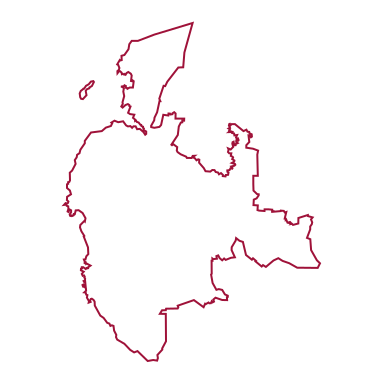 the district of Maguindanao, Maguindanao, Philippines
{"feature_id": "2640588B76798451045250", "entity_name": "Maguindanao", "entity_type": "district", "adm_level": 2, "iso_a3": "PHL", "parent_name": "Philippines", "parent_adm1": "Maguindanao", "projection": "albers", "projection_center": [124.09, 6.876], "detail": "fine", "context": "isolated", "style": "outline", "palette": "rose", "viewbox_px": 384, "rotation_deg": 0, "n_neighbors": 0, "source": "geoboundaries", "source_scale": "gbopen_adm2", "svg_char_len": 5913}
<svg xmlns="http://www.w3.org/2000/svg" viewBox="0 0 384 384"><path d="M192.6,23.0L154.3,34.6L137.8,40.9L131.7,40.9L129.3,44.2L128.5,49.2L124.4,55.0L121.5,55.8L121.7,60.1L120.3,60.5L119.8,60.0L117.2,64.4L118.2,64.9L119.4,68.0L118.8,69.9L117.4,71.1L117.5,73.2L118.9,71.4L120.0,71.2L121.5,72.5L121.9,74.2L122.8,73.8L124.1,74.6L124.7,74.0L125.6,74.7L126.6,73.0L128.3,72.0L130.8,73.7L131.7,75.5L131.0,81.0L132.0,81.2L132.5,80.3L133.7,81.2L132.9,87.5L129.7,87.5L127.4,88.8L127.0,88.0L125.5,87.7L125.9,86.1L124.5,85.3L124.0,86.1L121.0,86.6L123.0,87.2L123.8,88.6L123.3,91.6L124.2,96.1L122.5,102.3L122.8,103.9L121.3,106.5L122.6,107.6L125.5,105.0L127.9,104.1L129.3,105.0L129.4,106.1L130.5,106.5L128.1,112.8L130.1,114.1L134.3,114.7L133.0,117.8L135.0,119.5L135.1,120.8L135.8,120.3L136.8,121.9L138.6,122.5L140.4,124.8L141.2,124.9L141.4,126.0L143.0,126.7L142.9,127.7L143.9,128.5L143.5,130.0L146.2,131.5L146.2,133.9L145.2,134.7L143.5,132.1L139.8,128.9L137.1,129.2L135.6,126.3L133.5,126.3L132.1,127.8L130.4,126.1L127.9,126.4L126.1,125.4L123.1,121.3L118.2,122.2L114.5,120.7L111.4,122.6L112.2,123.3L110.9,126.0L105.9,127.6L101.8,131.1L91.0,132.5L84.8,140.9L84.8,143.3L80.4,149.7L79.5,153.2L77.1,154.8L76.7,157.3L74.8,160.1L75.6,163.9L72.1,170.6L69.8,172.7L70.0,180.4L69.3,181.9L68.1,182.2L68.2,183.8L67.0,184.3L67.0,188.0L69.9,190.5L71.0,194.3L67.1,196.8L66.9,200.1L68.4,201.5L68.0,202.9L67.1,203.5L65.6,203.1L64.0,204.9L66.3,204.6L66.7,205.8L68.2,206.3L68.4,208.9L67.6,211.5L68.5,212.0L69.5,209.4L71.1,210.3L71.1,212.2L69.7,214.5L70.1,215.8L71.2,216.1L71.9,215.4L72.5,215.9L73.7,215.3L73.8,214.0L74.8,214.1L75.7,210.4L78.6,210.2L82.6,213.0L85.5,218.2L84.9,221.3L84.5,220.8L80.3,225.0L80.0,227.4L81.4,231.3L84.3,235.9L83.7,236.4L88.0,247.4L88.3,254.1L86.3,256.3L85.5,259.3L83.9,259.5L84.9,262.1L84.3,263.7L85.7,262.5L86.1,263.9L86.6,263.5L90.5,265.6L87.8,267.5L88.0,268.2L86.6,268.5L87.0,267.4L85.7,269.0L83.2,267.2L81.9,267.2L82.0,268.4L81.0,268.6L80.9,270.3L83.7,271.7L81.8,273.9L82.7,275.8L84.0,275.4L84.7,276.6L84.3,277.6L85.1,278.4L85.0,280.3L83.6,281.0L84.3,282.2L85.2,281.8L85.6,286.0L83.4,284.5L82.5,285.0L83.1,286.7L84.5,286.9L85.9,288.3L86.1,290.7L84.3,292.4L85.7,292.6L86.2,294.6L87.4,295.1L86.9,297.6L89.0,301.2L88.7,302.6L90.6,301.9L90.0,300.6L90.8,299.0L91.8,298.7L93.5,299.9L94.6,301.6L94.8,305.6L100.3,315.6L103.6,317.9L107.2,322.8L109.4,323.6L110.4,325.9L111.9,325.3L113.5,325.9L114.1,330.6L116.3,334.9L116.0,337.1L117.2,339.6L124.4,343.8L130.2,349.9L134.1,352.4L137.5,351.1L147.7,361.0L153.2,360.0L157.1,360.6L157.9,358.1L157.4,355.0L162.3,349.6L162.2,348.4L166.0,341.3L165.8,313.9L159.9,313.8L162.0,310.3L165.8,310.2L166.1,308.7L177.7,308.5L178.3,307.3L177.7,305.7L193.9,300.1L203.6,307.2L205.1,303.7L205.8,304.1L208.5,302.5L209.3,303.3L210.9,303.2L211.7,301.3L212.6,302.4L214.0,301.6L213.3,299.6L215.5,297.7L222.2,300.0L227.1,300.1L226.9,297.2L227.8,296.9L227.8,295.7L224.9,294.4L222.2,289.9L218.8,289.1L216.4,289.8L212.6,283.0L211.1,274.5L211.7,273.8L211.6,260.8L212.5,260.8L212.4,258.5L213.2,259.1L216.9,258.7L216.4,256.1L218.2,255.4L219.7,258.2L222.2,260.3L224.1,258.5L225.7,259.9L230.9,257.8L234.9,257.3L231.6,250.1L231.7,247.2L235.7,240.5L236.1,238.1L239.5,240.8L242.9,241.9L246.0,255.0L251.9,259.7L253.0,258.3L256.0,260.9L255.5,261.4L261.7,266.5L263.0,265.1L265.9,266.9L273.5,260.5L278.3,258.2L282.6,260.9L289.2,263.2L297.2,267.7L317.7,267.9L320.0,263.3L316.9,260.3L311.1,250.1L310.3,239.2L307.0,237.9L310.2,229.4L310.2,226.5L311.8,224.2L312.2,222.3L311.0,219.4L312.6,217.4L308.0,216.1L307.9,215.0L298.4,218.0L298.3,223.5L293.0,224.9L292.0,223.8L291.0,224.0L291.4,223.5L290.0,222.0L289.2,222.2L289.2,223.0L287.5,222.7L286.3,219.8L285.7,220.1L285.7,218.7L284.7,218.6L286.3,212.0L284.8,212.5L283.8,210.9L280.8,210.6L280.7,211.1L272.7,211.8L273.1,211.1L272.1,211.0L272.2,209.7L268.3,209.3L264.6,209.3L264.5,211.0L259.1,210.6L257.5,210.1L257.8,205.4L253.5,205.1L253.8,199.6L256.6,198.4L258.7,195.3L258.7,194.3L257.1,194.1L253.5,190.6L253.3,183.9L253.3,175.8L257.8,175.8L257.3,154.6L258.1,150.6L253.0,148.7L246.3,147.7L246.3,145.2L249.3,142.0L248.5,135.3L249.6,135.4L250.9,137.3L251.9,136.6L251.7,134.3L249.5,133.3L249.2,131.9L247.5,131.7L246.4,129.7L243.5,131.1L234.9,124.1L231.6,124.1L230.7,125.1L229.9,123.8L229.3,124.0L228.9,125.5L230.0,127.8L228.6,128.5L229.9,129.3L229.1,130.8L230.4,131.2L229.1,132.1L232.5,132.0L232.2,133.0L234.1,133.5L234.4,135.4L237.1,135.0L236.0,137.4L236.7,138.7L237.9,138.3L238.6,140.1L238.2,140.7L236.3,140.5L236.2,141.9L237.7,143.1L235.7,144.0L235.6,145.2L234.2,145.3L233.6,141.7L232.6,142.2L232.3,143.7L233.2,146.9L230.7,149.5L228.1,148.4L228.6,149.7L228.0,152.0L229.2,153.3L231.3,153.3L230.8,155.9L232.7,156.8L233.1,157.6L232.2,159.1L234.4,160.5L234.2,161.6L231.8,163.0L235.0,164.0L235.3,164.8L234.4,165.7L231.2,166.5L232.5,168.1L232.2,168.7L230.5,168.3L229.5,170.1L227.3,170.4L227.4,171.8L228.5,172.5L228.1,174.8L225.8,175.0L225.5,176.4L222.8,176.1L222.9,174.9L221.0,173.1L219.0,174.3L218.0,172.5L215.7,172.0L214.5,170.1L212.3,170.0L210.3,171.6L205.5,171.2L203.8,168.1L199.1,162.7L199.3,159.7L198.2,159.3L196.5,160.3L194.8,158.2L193.3,157.5L193.3,156.8L194.6,155.8L192.7,155.9L191.6,158.0L186.8,157.9L186.2,156.7L180.7,154.3L177.6,152.1L176.8,150.6L177.2,147.1L173.3,144.2L172.0,145.2L171.4,144.7L177.8,135.0L178.8,126.5L180.8,122.6L182.3,122.3L182.3,120.7L184.1,120.7L184.2,118.6L175.5,118.6L175.6,113.5L174.2,112.2L172.5,113.3L172.4,114.2L170.4,114.5L170.0,113.6L168.5,113.5L168.3,115.5L163.3,114.8L161.1,125.0L159.4,126.9L154.3,127.8L151.2,127.1L151.1,125.9L154.2,120.3L154.5,117.7L157.1,112.3L159.5,101.1L160.3,101.1L159.3,98.7L163.6,85.8L165.2,86.1L167.3,81.7L178.3,67.5L183.2,67.3L184.4,52.5L192.6,23.0ZM93.3,81.1L90.9,81.6L88.7,84.3L86.0,85.8L84.1,88.7L83.3,88.9L82.5,88.2L83.3,89.0L80.8,90.9L79.7,93.4L80.2,97.2L81.1,98.8L82.9,99.1L86.5,95.2L85.7,90.9L86.8,89.3L89.3,88.3L89.4,87.5L91.9,86.0L93.9,82.0L93.3,81.1Z" fill="none" stroke="#9f1239" stroke-width="2"/></svg>